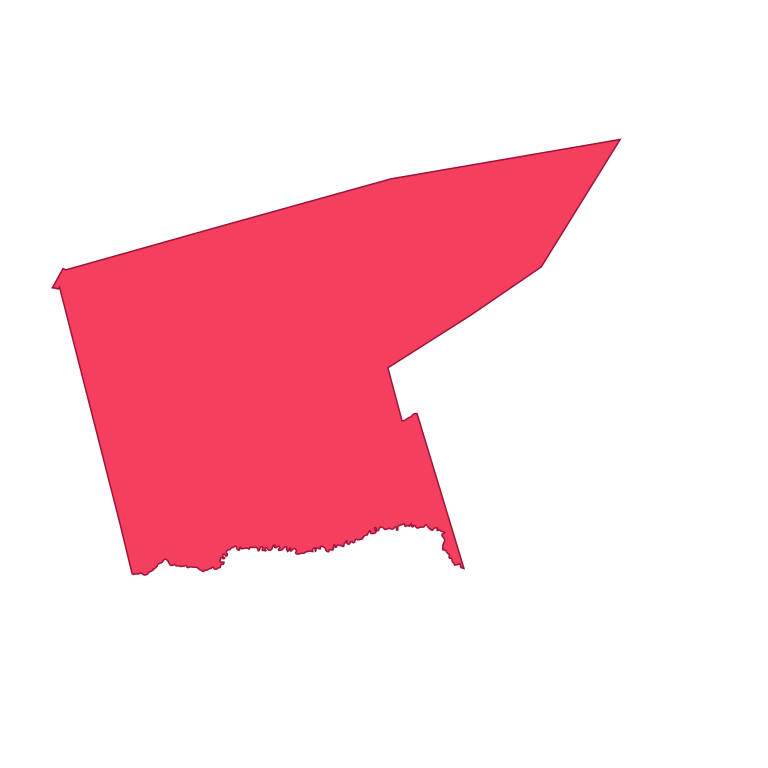 Avellaneda, Río Negro, Argentina (Albers equal-area conic projection), rotated 164°
{"feature_id": "61730980B30095926529222", "entity_name": "Avellaneda", "entity_type": "district", "adm_level": 2, "iso_a3": "ARG", "parent_name": "Argentina", "parent_adm1": "Río Negro", "projection": "albers", "projection_center": [-66.022, -39.232], "detail": "fine", "context": "isolated", "style": "filled", "palette": "rose", "viewbox_px": 768, "rotation_deg": 164, "n_neighbors": 0, "source": "geoboundaries", "source_scale": "gbopen_adm2", "svg_char_len": 6170}
<svg xmlns="http://www.w3.org/2000/svg" viewBox="0 0 768 768"><g transform="rotate(164 384 384)"><path d="M360.4,346.5L361.5,346.4L361.7,346.7L362.4,347.0L363.0,347.0L364.5,346.6L367.1,345.1L368.8,344.8L369.9,344.8L373.3,343.5L375.4,343.2L376.0,343.6L376.8,343.7L375.8,398.5L280.6,426.6L200.6,453.2L89.6,554.0L320.9,579.3L502.9,580.7L552.6,580.9L658.3,581.4L660.7,583.4L676.3,567.9L672.8,566.4L672.1,565.7L671.1,565.2L670.2,565.4L669.2,566.4L676.3,322.4L678.4,271.1L678.0,271.1L677.4,270.1L677.1,269.9L675.0,269.9L672.6,269.1L671.7,269.3L670.5,269.1L670.0,269.4L669.4,269.3L668.5,267.8L667.2,266.5L666.6,266.3L664.0,266.2L663.4,266.5L663.1,267.1L662.7,267.5L656.9,268.9L656.4,269.7L655.0,269.9L654.1,270.4L652.8,271.3L652.1,271.5L651.3,272.9L650.9,273.2L646.2,273.8L644.3,275.5L643.8,275.8L642.9,275.9L642.2,275.8L641.5,275.2L640.9,274.1L640.4,273.0L640.0,270.8L639.3,268.7L637.2,268.0L636.2,268.3L635.2,268.3L633.9,266.4L632.2,265.9L630.7,265.8L630.4,265.0L629.7,264.5L625.8,264.1L624.7,264.2L624.3,264.0L624.0,263.5L623.7,262.0L623.3,261.6L621.9,261.4L620.8,261.8L618.0,260.5L617.0,260.3L614.3,259.2L613.9,258.7L613.6,258.0L612.4,256.3L610.8,255.4L610.5,254.3L609.7,253.7L609.0,253.5L607.6,254.3L605.0,253.9L602.8,254.6L601.9,254.6L601.3,254.3L600.7,254.3L599.8,255.2L599.3,255.2L598.9,255.1L598.5,254.5L598.3,253.4L597.6,252.6L596.4,252.3L595.5,252.3L593.9,252.9L592.1,252.8L591.8,253.0L591.4,254.1L590.8,255.0L590.0,255.3L588.1,255.2L587.4,255.7L587.0,256.3L587.0,256.8L587.7,257.2L589.3,257.4L590.3,258.3L590.5,259.2L590.4,259.6L589.5,260.1L589.6,260.9L589.3,261.7L588.7,262.0L588.1,262.0L587.7,261.7L587.3,260.8L586.9,260.4L585.8,260.2L585.3,260.3L585.1,260.9L586.3,262.4L586.4,263.3L585.9,264.4L585.4,264.8L584.7,264.6L584.1,263.9L583.5,262.2L582.8,262.0L582.1,262.3L581.6,262.8L581.4,263.7L582.0,265.7L581.6,266.6L580.5,267.3L579.2,267.5L577.8,267.2L576.3,268.3L575.6,268.6L573.9,268.4L572.4,269.1L571.4,269.1L571.0,268.6L570.8,266.1L570.5,265.2L569.7,264.3L569.1,264.2L568.6,264.5L568.1,266.0L567.3,266.7L567.0,266.4L566.7,265.4L566.5,264.9L565.3,264.6L564.2,264.7L562.3,264.2L561.7,264.4L560.9,264.2L559.2,262.4L558.8,262.5L558.5,263.0L558.4,263.8L558.0,264.0L557.4,264.0L556.3,263.4L552.3,262.4L551.4,261.8L551.0,260.7L550.6,259.7L551.0,258.4L550.5,258.2L549.9,258.4L548.7,260.0L547.7,260.9L547.3,261.2L546.4,261.2L545.7,260.8L545.4,260.1L546.7,258.7L546.9,258.3L546.7,257.6L546.4,257.4L545.4,257.2L543.9,256.2L543.3,256.4L543.4,256.8L544.1,257.9L543.6,258.9L543.1,259.1L541.7,258.6L541.3,257.8L541.2,256.8L540.7,256.2L540.0,255.8L538.5,255.6L538.3,255.8L537.7,256.0L536.7,256.8L536.6,257.5L536.0,258.2L534.7,259.1L533.9,259.4L533.4,259.3L533.5,258.7L533.8,258.5L534.3,257.7L534.0,257.0L533.4,256.6L533.0,256.3L532.5,256.3L532.2,256.4L531.8,256.9L531.2,257.1L530.2,257.0L529.7,256.8L529.3,256.4L529.2,255.8L529.6,255.0L530.8,254.3L531.1,253.7L531.0,253.0L529.2,252.7L528.1,252.7L527.1,253.0L525.6,253.8L524.9,254.5L524.1,254.6L523.2,254.5L522.5,254.0L523.1,252.7L523.2,251.9L522.9,249.6L522.0,249.9L519.9,252.1L519.4,252.2L519.0,252.0L519.0,251.6L519.9,251.0L520.4,250.1L520.3,249.7L519.6,249.1L518.9,249.0L517.6,250.2L516.6,250.5L515.5,250.4L515.0,250.1L514.3,249.2L514.1,248.2L514.3,247.6L515.4,246.3L515.5,245.4L514.7,244.6L513.9,244.3L512.9,244.1L510.2,244.1L507.3,243.4L505.9,244.0L503.6,244.1L500.9,243.7L498.5,242.5L498.5,244.1L497.8,245.1L496.6,245.4L495.3,245.3L495.7,244.5L496.1,242.7L496.0,242.0L495.9,242.0L495.7,242.2L494.9,243.9L494.5,244.4L493.6,244.7L493.2,244.7L492.6,244.4L492.2,243.8L490.6,243.1L490.2,243.7L490.3,244.7L490.0,245.1L489.2,245.5L488.9,245.4L487.1,243.9L486.2,243.3L485.8,242.2L485.7,240.0L485.2,239.1L483.9,238.0L483.5,238.1L482.8,238.7L482.5,239.4L481.2,239.5L479.4,238.6L478.7,238.7L478.1,239.4L478.0,240.0L478.3,240.7L478.1,241.0L477.0,241.2L476.8,241.5L476.7,242.7L476.5,243.0L476.0,243.2L475.7,242.9L475.5,242.2L476.0,240.8L475.7,240.4L474.6,240.4L473.5,241.8L473.0,242.0L472.5,242.0L471.9,241.4L470.3,240.7L469.6,240.3L468.9,239.4L468.1,239.1L467.5,239.1L467.2,239.5L466.4,241.4L464.8,242.3L463.2,243.8L462.8,243.7L462.7,243.4L463.7,242.0L463.6,241.2L462.5,239.7L461.9,239.6L461.3,239.8L459.9,241.1L458.9,241.4L458.5,241.4L458.0,241.0L457.7,240.3L457.2,239.8L456.1,239.9L455.6,240.4L454.6,242.2L453.6,242.5L452.0,241.4L450.8,241.1L450.2,241.2L447.6,241.0L447.0,241.3L447.0,241.9L446.7,242.2L444.5,243.6L442.7,243.7L441.9,243.4L441.4,243.8L440.2,245.3L438.3,246.8L437.6,246.8L437.3,246.3L437.6,245.5L438.1,244.8L438.0,244.2L437.5,243.7L435.3,243.2L433.7,243.2L432.9,243.5L432.4,244.1L432.4,244.8L433.0,246.0L433.2,247.6L432.9,248.2L432.4,248.5L431.7,248.2L431.3,247.5L431.6,245.5L431.3,245.1L430.8,244.7L430.1,244.6L429.5,245.0L428.5,246.3L427.4,247.1L426.3,247.4L425.1,246.8L424.2,245.5L423.7,244.4L422.8,243.8L422.1,243.6L418.9,244.0L415.9,242.0L413.9,242.7L413.2,243.3L412.3,243.5L411.7,243.2L411.6,242.6L411.8,241.8L412.1,241.1L412.2,240.4L411.8,240.0L411.2,239.8L410.7,240.4L410.7,241.4L410.5,242.1L410.0,242.9L409.4,243.6L405.2,244.0L403.3,244.0L403.1,243.7L402.9,242.9L403.0,241.7L402.8,241.3L399.7,241.3L399.5,241.1L399.2,240.5L398.6,240.3L398.3,240.3L397.7,241.3L397.1,241.8L396.5,242.1L396.0,241.2L396.6,239.8L396.6,239.3L396.0,238.8L395.4,238.8L394.5,239.6L393.5,239.4L393.2,239.1L392.5,237.1L392.2,236.8L391.1,236.1L388.7,236.4L385.6,235.6L384.4,235.9L384.0,236.4L382.8,237.1L382.2,237.0L381.5,236.0L381.0,233.9L378.8,230.5L377.8,230.1L375.6,231.4L374.5,231.6L373.8,231.5L372.1,230.5L372.1,230.2L373.1,229.5L373.3,228.6L372.9,228.4L371.4,228.4L370.8,228.0L369.5,226.5L366.9,225.3L366.6,224.8L366.7,224.3L366.9,224.1L367.6,223.9L369.1,223.9L369.4,223.8L370.0,222.7L370.1,222.1L369.5,220.6L368.8,219.4L368.7,217.4L368.9,216.5L369.1,216.0L370.6,214.7L371.7,213.0L373.0,209.5L373.2,208.5L370.7,207.1L370.4,206.8L370.3,205.8L369.7,204.1L369.5,203.6L368.3,202.3L368.4,201.5L369.0,200.2L369.3,199.1L368.9,198.3L367.6,198.1L367.0,197.6L366.9,196.8L367.2,195.8L367.4,194.9L366.9,193.5L366.0,192.0L366.2,190.8L365.9,190.3L364.6,190.5L363.3,190.0L362.8,190.2L360.5,190.0L360.3,189.7L360.3,189.4L360.7,187.3L360.6,186.5L360.0,185.9L358.0,184.6L360.4,346.5Z" fill="#f43f5e" stroke="#9f1239" stroke-width="1.5"/></g></svg>